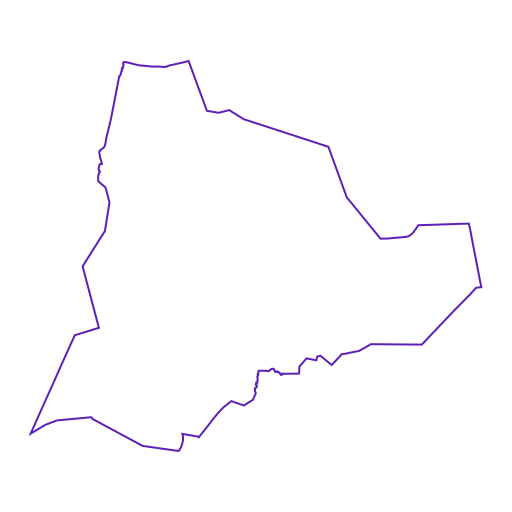 Holtålen nor, Sør-Trøndelag, Norway (orthographic projection)
{"feature_id": "86288312B65745471966188", "entity_name": "Holtålen nor", "entity_type": "district", "adm_level": 2, "iso_a3": "NOR", "parent_name": "Norway", "parent_adm1": "Sør-Trøndelag", "projection": "orthographic", "projection_center": [11.18, 62.863], "detail": "fine", "context": "isolated", "style": "outline", "palette": "violet", "viewbox_px": 512, "rotation_deg": 0, "n_neighbors": 0, "source": "geoboundaries", "source_scale": "gbopen_adm2", "svg_char_len": 4870}
<svg xmlns="http://www.w3.org/2000/svg" viewBox="0 0 512 512"><path d="M243.7,119.2L229.2,110.1L218.6,112.8L206.9,110.8L188.6,61.0L183.2,62.4L175.6,64.1L169.5,65.5L166.9,66.4L165.7,66.8L165.1,67.0L160.4,66.7L160.0,66.7L157.8,66.5L155.3,66.6L150.1,66.5L148.9,66.2L138.8,65.3L126.0,62.1L124.9,62.0L124.4,62.1L123.8,62.2L123.4,62.3L123.3,62.5L123.2,62.9L123.2,63.2L123.1,63.3L123.1,63.5L123.2,63.8L123.5,64.3L123.4,64.7L123.4,64.8L123.5,64.8L123.5,65.1L123.4,65.7L123.2,65.9L123.1,66.0L123.1,66.3L123.1,66.5L122.9,66.7L122.7,66.8L122.7,67.0L122.8,67.1L122.7,67.2L122.8,67.4L122.9,67.5L122.9,67.8L122.9,68.0L122.5,68.1L122.2,68.3L121.9,68.7L122.0,68.8L122.0,69.0L121.9,69.2L122.0,69.3L121.9,69.4L121.9,69.5L121.8,69.8L121.8,70.1L121.9,70.4L121.9,70.5L122.0,70.7L121.9,70.9L121.5,71.2L121.3,71.6L121.2,71.9L121.2,72.1L121.2,72.3L121.1,72.5L121.1,73.1L120.9,73.3L120.9,73.5L120.6,73.8L120.6,74.5L120.4,75.1L120.3,75.4L120.1,75.7L119.8,75.9L119.5,76.1L119.3,76.1L116.2,91.8L116.1,92.5L110.9,119.1L109.6,124.6L106.3,138.0L105.4,143.7L104.9,145.4L104.9,145.5L104.7,146.1L104.1,147.1L103.4,147.8L101.9,148.9L100.6,149.9L100.4,150.3L100.3,150.6L100.2,150.7L99.7,150.7L99.6,150.8L99.6,151.0L99.5,151.4L99.4,151.7L99.3,152.0L99.3,152.3L99.2,152.6L99.3,152.9L99.3,153.0L99.5,153.9L99.5,154.0L99.6,154.5L99.7,154.8L99.7,155.0L99.8,155.4L99.9,155.7L99.9,155.9L99.9,156.2L99.8,156.4L99.8,156.6L100.3,157.8L100.4,158.1L100.4,158.5L100.4,159.0L100.7,159.6L101.1,160.1L101.5,162.0L101.6,162.5L101.5,162.4L101.5,162.5L101.4,162.7L101.3,163.1L101.5,163.4L101.6,163.5L101.4,163.8L101.2,164.0L100.7,164.1L100.4,164.2L100.2,164.1L99.8,164.3L99.7,164.5L99.4,164.7L99.4,165.1L99.2,165.4L99.2,165.5L99.3,165.9L99.2,166.1L99.2,166.3L99.1,166.6L99.0,166.9L99.0,167.1L98.9,167.2L98.8,167.3L98.8,167.6L98.7,167.7L98.8,168.1L98.6,169.2L98.6,169.6L98.9,170.0L99.1,170.3L99.5,170.9L99.7,171.1L99.9,171.6L99.9,171.9L99.7,172.1L99.1,172.3L98.9,172.8L98.9,173.3L98.9,173.9L98.6,174.4L98.5,174.7L98.2,176.0L98.2,179.9L98.1,180.9L98.6,181.5L99.1,182.0L105.5,187.5L109.5,202.4L104.9,231.1L94.9,246.8L82.6,266.4L98.9,327.8L74.8,335.2L61.2,365.3L54.6,380.2L50.4,389.6L47.1,396.8L30.7,433.6L45.4,424.8L57.0,420.4L91.3,417.2L91.6,417.4L91.8,417.7L92.0,418.2L92.2,418.6L92.6,419.0L142.6,445.9L178.6,451.0L178.9,450.7L180.7,448.0L181.8,445.1L182.6,442.3L183.0,440.1L183.0,438.4L182.9,435.9L182.4,433.9L198.2,436.6L198.8,437.3L201.8,433.5L206.1,428.2L212.4,420.0L215.0,416.7L217.7,413.5L220.1,410.8L223.6,407.2L231.3,401.1L237.0,403.1L243.9,405.5L247.7,403.1L252.9,399.8L254.9,395.3L255.8,393.2L255.0,391.1L254.9,388.3L255.9,388.0L256.0,387.9L256.3,387.6L256.6,387.1L256.5,386.8L256.6,386.5L256.9,386.0L256.8,385.8L256.8,385.6L256.7,385.5L256.4,385.3L256.4,385.2L256.1,384.8L256.0,384.7L255.9,384.7L256.0,384.4L255.9,384.2L256.1,383.6L256.1,383.4L256.2,383.2L256.3,383.2L256.2,383.1L256.2,382.9L256.2,382.7L256.3,382.4L256.7,382.3L257.1,382.2L257.4,382.0L257.5,381.8L257.5,381.6L257.4,381.3L257.4,381.2L257.4,380.7L257.6,380.2L257.6,379.8L257.7,379.4L257.7,378.9L257.7,378.4L257.5,377.9L257.3,377.1L257.3,376.8L257.4,376.6L257.7,376.1L258.1,375.7L258.2,375.0L258.1,374.8L258.1,374.7L257.8,374.7L257.7,374.6L257.6,374.3L257.6,374.1L257.8,373.8L257.9,373.7L258.2,373.6L258.3,373.5L258.4,373.3L258.4,373.1L258.3,372.7L258.4,372.3L258.4,372.0L258.5,371.7L258.4,371.2L258.5,371.1L258.8,370.9L259.0,370.7L266.7,370.8L268.6,371.2L271.6,368.8L271.8,368.8L272.0,368.8L272.4,368.8L272.7,368.8L272.9,368.7L273.1,368.8L273.5,369.0L273.8,369.0L274.0,369.3L274.0,369.5L274.3,369.8L274.3,370.0L274.2,370.1L274.3,370.3L274.4,370.5L274.5,370.6L274.7,370.8L274.8,370.9L274.8,371.2L274.9,371.4L275.1,371.4L275.5,371.5L275.9,371.6L275.8,371.8L276.1,371.8L276.4,371.9L276.6,371.7L276.8,371.6L276.8,371.8L277.3,371.9L277.6,372.1L277.8,372.1L278.1,372.0L278.3,372.0L278.4,372.4L278.5,372.5L279.3,372.5L279.5,372.6L279.6,372.9L279.7,373.1L279.8,373.2L280.0,373.6L280.2,373.9L280.5,374.2L280.7,374.5L280.8,374.7L280.9,374.9L281.0,374.9L281.4,374.7L281.7,374.8L282.0,374.7L282.3,374.3L282.5,374.1L282.4,373.9L282.4,373.6L282.9,373.6L283.1,373.8L299.1,373.6L299.4,366.6L306.5,358.4L316.3,360.3L316.4,360.1L316.6,359.4L317.2,356.6L320.4,355.7L322.5,357.5L331.7,365.0L340.0,356.2L341.2,354.4L345.8,353.6L356.0,351.5L358.7,351.1L364.3,348.0L369.5,345.0L370.8,344.2L421.8,344.6L441.8,323.5L456.5,308.1L469.4,295.1L476.1,287.8L477.2,287.6L481.3,287.2L478.8,274.5L477.1,265.6L475.4,256.6L473.9,249.2L471.4,236.2L470.2,229.8L469.1,224.9L468.8,223.6L457.7,223.9L453.4,224.1L450.7,224.1L446.9,224.3L443.5,224.3L441.0,224.5L425.3,225.0L418.3,225.2L416.0,228.7L413.8,231.7L412.8,232.9L411.8,233.9L410.9,234.6L410.3,235.2L408.2,236.3L407.3,236.5L406.6,236.8L405.8,236.9L404.6,237.0L400.2,237.4L395.4,237.8L387.0,238.6L383.5,238.6L380.5,238.7L362.1,216.1L346.8,197.4L328.4,146.8L287.0,133.3L243.7,119.2Z" fill="none" stroke="#5b21b6" stroke-width="2"/></svg>